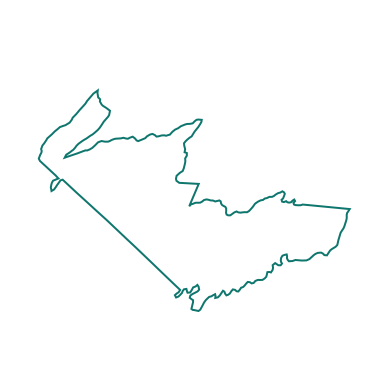 the district of Mocajuba, Pará, Brazil, rotated 43°
{"feature_id": "56859067B75461053821024", "entity_name": "Mocajuba", "entity_type": "district", "adm_level": 2, "iso_a3": "BRA", "parent_name": "Brazil", "parent_adm1": "Pará", "projection": "equal_earth", "projection_center": [-49.463, -2.55], "detail": "fine", "context": "isolated", "style": "outline", "palette": "teal", "viewbox_px": 384, "rotation_deg": 43, "n_neighbors": 0, "source": "geoboundaries", "source_scale": "gbopen_adm2", "svg_char_len": 4251}
<svg xmlns="http://www.w3.org/2000/svg" viewBox="0 0 384 384"><g transform="rotate(43 192 192)"><path d="M239.0,271.6L250.1,271.7L250.6,274.4L250.1,276.5L249.8,279.1L252.3,280.0L253.4,277.7L253.5,275.1L253.5,272.6L252.7,270.7L252.5,268.6L254.0,266.7L256.0,268.0L257.4,268.7L259.2,266.7L258.6,263.6L257.9,261.0L259.1,258.5L259.3,256.3L261.3,256.7L263.8,258.5L263.9,260.8L263.0,263.4L261.9,266.4L261.4,268.9L262.5,270.9L264.9,270.7L266.6,270.4L268.0,272.0L271.3,277.9L272.8,277.8L274.2,276.8L277.9,274.6L278.3,272.4L277.3,268.5L276.2,264.6L275.8,261.4L276.1,257.0L277.3,255.1L277.9,252.9L278.6,251.0L280.0,251.9L281.3,253.6L282.8,251.3L282.9,248.8L282.5,246.3L282.0,243.1L283.6,242.8L285.7,243.8L287.7,244.1L288.6,242.3L288.9,240.3L288.4,237.8L288.3,235.4L290.2,234.2L292.3,234.2L293.7,233.2L293.6,230.9L293.2,228.6L294.2,226.5L294.3,224.5L294.1,222.4L294.1,219.8L295.8,218.5L297.9,218.2L299.1,216.5L299.0,213.8L300.1,211.4L301.6,210.1L303.5,208.2L304.1,205.6L304.1,203.3L303.2,201.6L301.8,199.2L303.0,197.8L304.6,197.0L304.1,194.0L303.0,192.2L300.9,190.5L301.3,187.3L305.1,186.7L306.8,185.1L306.6,182.9L305.0,182.5L303.4,181.3L302.1,179.3L301.6,176.9L302.6,174.9L303.8,173.1L305.2,174.0L306.8,175.8L308.5,176.4L310.2,176.5L312.6,173.9L314.0,171.2L319.1,167.2L322.4,163.9L323.6,161.1L323.9,157.6L324.1,155.0L324.6,152.8L325.5,150.8L326.7,149.4L327.9,148.2L330.1,147.7L331.8,147.9L333.9,146.3L333.3,143.1L332.9,140.5L333.2,138.4L334.4,134.1L334.4,131.6L331.9,127.4L330.8,125.1L328.5,120.5L328.0,118.0L327.6,115.3L326.8,113.1L324.4,108.0L323.4,106.2L322.2,104.7L320.9,103.4L319.8,101.7L319.4,99.2L319.0,96.9L285.0,123.0L281.5,125.7L280.6,127.4L278.6,129.4L276.6,131.0L275.1,131.6L273.6,130.7L273.6,128.3L271.9,127.8L271.4,129.8L271.4,132.0L270.2,133.6L268.6,134.5L267.1,134.5L266.1,136.7L264.4,137.6L262.8,136.6L263.0,134.6L262.1,132.3L261.1,130.0L259.5,129.5L257.6,129.9L257.0,132.1L255.7,134.2L254.9,137.0L254.6,139.2L253.8,141.0L251.9,142.8L250.9,145.4L249.7,147.1L249.3,149.4L247.9,151.3L246.8,154.2L246.1,157.6L246.6,161.3L246.7,164.0L246.7,166.9L246.1,169.2L244.3,170.8L242.7,172.6L241.5,174.1L239.6,175.4L237.9,175.8L236.9,178.0L235.9,183.0L234.4,184.4L232.7,184.9L231.1,184.0L229.8,182.4L228.3,180.8L226.5,180.1L224.6,180.7L222.6,181.0L221.0,180.5L219.4,179.3L217.8,179.5L215.4,183.1L213.2,183.9L211.3,185.5L209.6,186.3L207.7,187.5L206.3,189.6L205.9,192.3L205.2,194.3L201.8,197.6L200.9,199.7L199.7,201.7L199.7,204.3L191.4,181.5L176.4,194.0L173.0,194.4L171.3,193.3L169.7,190.7L170.0,186.4L170.9,183.0L169.8,180.2L167.4,175.9L166.2,174.1L164.1,172.1L163.4,168.9L161.6,167.0L159.5,168.0L157.8,165.4L154.6,163.3L152.9,161.8L152.7,159.1L152.8,157.0L153.2,154.0L153.8,151.6L152.7,146.0L152.3,140.3L151.7,136.9L151.1,134.4L149.9,132.6L147.3,134.6L146.1,136.1L145.7,138.7L145.7,141.3L144.0,143.6L142.1,145.5L141.1,147.0L139.0,151.5L138.4,154.7L137.1,157.9L136.6,161.3L136.7,165.1L134.6,168.6L133.0,169.5L131.1,171.5L129.7,173.9L128.2,175.7L126.0,175.7L123.5,176.5L122.2,178.4L121.1,182.0L121.1,184.5L119.6,187.9L117.9,191.5L116.2,192.1L113.9,191.7L110.9,192.0L109.6,194.5L108.8,196.8L106.9,198.1L104.9,199.1L103.4,201.3L99.7,205.2L98.7,206.8L97.7,208.9L97.1,210.8L96.2,212.5L94.2,214.4L91.0,216.5L89.4,219.8L89.3,224.0L89.0,227.7L88.2,230.5L87.0,233.1L85.7,234.2L84.2,237.1L81.9,241.8L76.6,251.6L75.5,253.7L74.6,250.5L75.2,248.2L75.7,246.1L76.0,244.0L76.4,242.0L76.3,239.2L76.0,237.1L76.1,234.3L76.5,232.0L77.0,229.5L77.5,227.5L78.3,225.0L79.3,220.1L80.0,217.8L80.4,215.1L80.8,210.7L80.7,207.8L80.2,204.6L79.5,200.7L79.3,194.2L78.9,192.2L76.6,188.5L71.9,189.0L68.2,189.7L66.4,189.7L62.9,188.6L61.6,186.8L58.9,186.8L55.4,184.1L53.8,182.0L52.8,187.3L53.2,197.0L53.8,200.1L53.9,205.3L53.9,208.4L54.2,214.1L54.1,219.1L54.8,221.2L55.2,224.7L53.9,229.4L52.6,231.7L51.1,234.7L50.9,237.0L50.3,241.4L50.2,245.4L49.6,251.4L50.1,253.5L50.7,257.1L50.9,260.0L52.4,263.5L54.1,264.5L55.1,266.1L55.6,268.3L57.2,272.1L59.7,273.0L79.1,272.9L81.0,272.9L85.1,273.2L84.3,274.9L83.5,276.7L82.7,278.4L83.2,280.7L84.2,282.7L85.6,284.9L87.3,286.1L88.6,287.1L89.4,284.2L89.1,281.7L88.6,278.8L87.9,273.1L89.0,271.2L108.1,271.2L123.6,271.0L135.3,270.9L148.7,270.7L176.7,270.9L187.4,270.9L212.0,271.2L223.5,271.4L239.0,271.6Z" fill="none" stroke="#0f766e" stroke-width="2"/></g></svg>